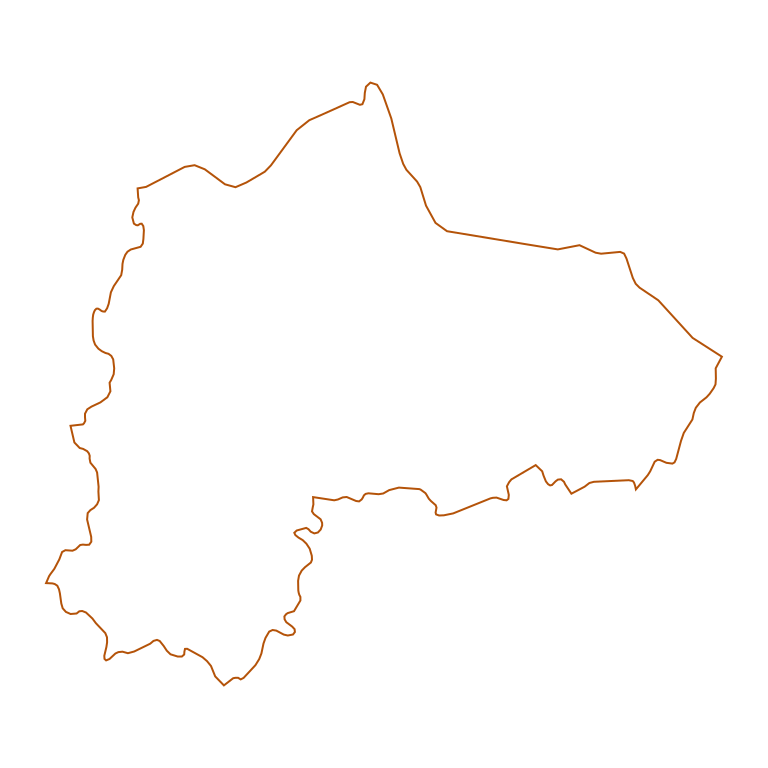 the border of Panevezio
{"feature_id": "LTU-1071", "entity_name": "Panevezio", "entity_type": "County", "adm_level": 1, "iso_a3": "LTU", "parent_name": "Lithuania", "parent_adm1": "", "projection": "albers", "projection_center": [24.625, 55.918], "detail": "fine", "context": "isolated", "style": "outline", "palette": "amber", "viewbox_px": 768, "rotation_deg": 0, "n_neighbors": 0, "source": "natural_earth", "source_scale": "10m", "svg_char_len": 4000}
<svg xmlns="http://www.w3.org/2000/svg" viewBox="0 0 768 768"><path d="M370.4,82.6L377.1,84.8L382.8,94.4L391.3,118.5L399.6,153.3L403.2,163.9L406.4,169.8L417.1,181.6L420.3,187.1L426.0,205.6L435.5,222.9L447.0,231.2L523.9,243.9L557.8,249.4L579.5,245.2L595.6,252.7L601.1,253.7L620.2,251.9L624.1,253.6L626.5,258.6L632.8,277.9L635.7,283.8L639.6,287.7L658.3,300.3L667.8,310.7L692.6,337.9L721.9,356.7L715.7,368.3L715.9,378.6L715.5,384.4L713.6,388.2L709.7,393.8L706.5,397.3L699.9,402.5L695.8,407.8L693.8,413.0L692.4,419.5L683.8,432.9L681.0,440.9L676.2,458.9L674.5,462.4L672.4,463.6L666.4,462.8L660.1,460.1L657.6,459.8L654.7,461.7L650.2,471.3L647.8,475.1L635.9,489.4L635.2,486.1L634.7,484.5L633.9,482.4L632.7,481.0L628.8,480.2L593.9,481.8L589.4,483.0L584.6,486.7L571.4,493.7L565.2,484.4L564.0,481.8L561.1,479.3L557.9,479.6L555.6,481.3L552.0,485.0L550.1,485.4L548.1,484.2L545.9,481.4L543.5,475.5L542.2,471.3L535.7,465.1L511.4,479.4L509.1,482.2L506.9,486.3L508.8,494.9L508.4,498.9L506.6,500.3L503.6,500.0L496.5,497.6L492.9,497.8L490.4,498.4L453.2,513.4L443.9,515.3L439.1,515.5L436.1,514.4L435.6,512.6L436.5,507.6L435.7,505.2L430.9,501.0L428.8,498.7L426.3,494.4L425.4,493.1L420.6,489.6L419.3,489.1L398.9,487.6L389.2,490.1L383.2,493.5L378.6,494.2L368.4,493.3L365.6,493.9L363.9,495.4L362.9,497.5L361.7,499.4L359.1,501.4L356.1,501.0L346.7,497.0L342.7,497.4L337.9,499.5L334.2,500.3L313.1,497.1L313.4,504.4L312.8,507.0L312.0,511.4L313.8,514.1L320.6,519.3L322.1,522.8L322.2,525.4L320.7,529.5L317.9,532.5L314.3,533.4L310.7,531.7L308.5,529.2L306.2,527.9L296.7,530.5L294.3,532.8L295.4,535.1L298.5,537.6L302.7,540.1L306.4,543.7L309.7,548.7L311.8,555.8L312.0,559.7L310.9,562.5L305.0,567.2L301.7,570.6L299.0,575.6L298.1,580.8L298.3,590.5L298.7,592.8L299.3,594.8L300.4,596.9L300.4,600.5L294.0,611.2L287.7,613.1L286.1,614.2L284.4,616.4L284.6,619.3L286.3,622.2L292.2,626.6L294.6,629.2L294.9,632.0L293.0,634.5L287.8,635.5L283.8,634.6L276.3,630.6L272.6,630.0L269.2,631.6L265.5,637.9L263.5,643.5L261.4,653.5L259.2,659.1L255.4,665.2L243.6,677.9L240.7,679.4L238.1,677.8L235.5,677.8L233.2,678.2L223.9,685.4L215.2,676.4L211.0,666.0L207.0,661.1L202.5,657.2L187.2,648.8L185.0,648.9L184.4,651.7L184.2,654.5L181.9,656.5L177.6,656.5L170.5,654.3L166.8,650.7L163.7,646.0L159.7,641.0L157.0,639.9L153.5,640.9L150.2,643.7L134.2,651.5L127.9,653.2L122.5,651.7L118.4,652.1L115.4,653.5L109.5,659.0L106.1,660.4L104.5,658.9L104.3,655.8L106.4,647.0L107.1,642.3L107.0,637.3L105.3,633.1L95.9,623.2L92.4,618.5L86.0,612.5L82.2,611.0L79.3,611.3L76.6,613.5L70.6,614.0L65.9,611.9L62.7,608.3L61.3,603.5L59.9,593.4L59.0,589.3L57.3,585.7L54.7,584.0L52.4,583.4L46.1,583.1L49.1,576.1L50.5,574.0L54.3,568.9L59.3,559.4L62.1,552.0L65.4,550.2L72.5,550.7L75.7,549.3L80.2,545.0L82.9,544.6L86.1,544.9L89.2,544.7L91.3,541.7L91.2,536.9L87.1,519.5L87.7,513.1L90.4,510.1L94.0,507.8L97.1,504.3L98.9,500.1L98.4,491.5L98.6,486.8L97.1,472.5L95.6,469.0L90.4,462.7L89.6,458.6L89.7,455.8L88.9,453.4L87.2,451.2L83.1,448.9L79.7,448.0L74.4,442.5L70.5,425.8L82.9,424.4L84.0,423.3L85.3,420.8L85.0,417.2L85.0,413.7L87.3,409.3L91.5,406.6L100.4,402.4L107.4,397.2L110.4,391.3L109.6,382.7L111.2,380.0L113.7,374.2L114.2,368.4L113.2,359.4L111.3,355.9L108.5,353.8L105.5,353.0L101.8,351.2L98.4,348.7L95.1,344.6L93.6,340.5L92.9,336.2L92.6,321.0L92.8,317.6L93.2,314.6L94.0,312.1L94.9,310.2L96.4,308.7L97.9,308.6L99.6,309.5L101.6,311.0L103.1,311.5L104.9,311.6L107.1,308.3L108.7,303.8L110.9,292.3L113.8,286.1L121.2,275.2L122.2,269.7L122.5,263.9L123.3,259.9L125.3,254.8L127.5,251.7L130.8,249.5L140.6,246.8L142.8,243.6L143.4,239.0L143.9,230.2L143.3,226.1L141.7,223.7L140.2,223.8L137.8,225.3L136.2,225.1L133.9,223.6L132.3,217.4L133.5,211.9L135.5,207.6L138.2,203.7L138.9,200.2L138.2,197.4L137.6,188.4L146.1,186.9L184.7,166.9L194.6,165.2L204.8,169.3L225.0,184.3L235.5,187.2L246.4,182.5L264.8,171.7L270.9,165.4L275.6,159.0L296.7,130.2L309.3,120.2L320.9,115.1L349.6,102.2L352.8,102.0L359.9,104.8L362.4,104.2L364.4,99.2L364.8,92.9L366.0,86.7L370.4,82.6Z" fill="none" stroke="#b45309" stroke-width="2"/></svg>